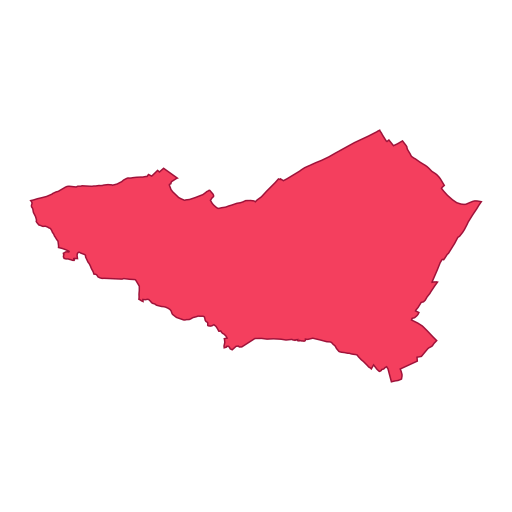 outline of Cozmesti, Vaslui, Romania
{"feature_id": "2599482B65715279001223", "entity_name": "Cozmesti", "entity_type": "district", "adm_level": 2, "iso_a3": "ROU", "parent_name": "Romania", "parent_adm1": "Vaslui", "projection": "natural_earth1", "projection_center": [27.474, 46.723], "detail": "fine", "context": "isolated", "style": "filled", "palette": "rose", "viewbox_px": 512, "rotation_deg": 0, "n_neighbors": 0, "source": "geoboundaries", "source_scale": "gbopen_adm2", "svg_char_len": 6003}
<svg xmlns="http://www.w3.org/2000/svg" viewBox="0 0 512 512"><path d="M273.4,338.8L281.0,339.2L286.0,340.0L291.9,339.4L293.1,340.0L294.3,340.1L294.6,340.1L295.0,339.9L295.1,340.0L295.1,340.3L295.3,340.3L296.3,339.7L297.6,339.6L297.2,340.2L297.3,340.5L298.1,340.8L299.2,340.9L299.7,340.4L301.1,340.9L301.9,340.9L303.5,341.1L304.4,341.1L305.0,340.8L305.4,340.4L305.4,339.1L307.3,339.4L308.1,339.3L312.8,338.2L320.4,340.0L326.7,341.7L330.1,341.9L331.0,342.2L332.0,343.0L333.3,344.5L333.9,344.9L335.2,346.1L335.5,346.6L336.3,348.2L336.8,348.9L338.9,351.4L339.5,351.7L341.3,352.2L344.7,352.6L347.4,353.2L349.5,353.3L351.2,353.9L353.5,354.3L355.9,354.6L357.3,355.1L358.2,356.5L361.3,359.8L363.2,361.3L367.5,365.6L368.6,366.9L369.5,367.5L370.5,368.0L371.3,368.9L373.6,364.9L376.9,369.2L378.9,371.1L379.7,371.4L379.8,371.3L381.1,370.6L381.4,370.2L381.7,369.5L383.4,369.1L384.3,368.5L384.6,367.9L386.6,366.7L388.0,368.9L391.4,381.8L395.1,380.9L398.0,380.5L401.0,379.3L401.5,379.0L402.0,376.1L402.0,374.5L401.2,371.5L400.2,369.0L417.3,361.1L417.0,357.2L421.4,356.4L427.8,348.7L428.9,347.8L430.9,346.8L432.3,345.9L434.0,343.4L436.7,340.6L432.7,336.6L427.4,331.0L423.2,326.8L422.2,325.9L417.8,323.1L411.5,320.0L412.0,318.9L412.0,318.4L414.6,317.7L416.7,315.9L417.5,315.0L418.1,314.2L418.9,312.5L415.5,310.9L415.8,310.2L418.1,307.4L421.2,302.4L423.5,301.8L425.2,300.2L427.1,296.9L429.9,293.4L430.8,291.8L432.8,288.8L435.0,285.5L437.5,282.1L436.6,281.9L433.4,282.0L432.1,282.3L432.1,281.9L437.2,270.1L440.2,262.6L441.8,260.0L442.3,259.4L443.2,259.4L443.7,259.7L445.1,257.7L447.2,254.4L448.1,253.6L448.4,253.4L454.7,243.3L457.8,237.4L459.6,236.2L462.6,232.4L464.4,229.6L467.0,224.6L468.2,222.0L472.7,214.8L476.8,208.7L478.7,205.5L481.3,201.7L477.3,201.0L474.9,200.9L473.0,201.3L470.0,202.5L465.8,204.3L464.0,204.4L461.1,204.1L456.7,202.7L452.5,199.8L447.4,195.3L443.7,191.2L441.5,188.4L442.1,187.4L444.3,185.4L443.7,184.4L441.0,179.9L440.2,178.6L438.8,176.8L436.7,174.6L435.2,173.5L431.8,171.3L428.7,168.1L426.9,166.5L425.9,165.8L419.9,162.1L415.4,158.9L413.9,158.1L411.6,156.5L410.7,155.2L410.5,154.5L407.5,149.5L407.1,148.3L406.8,146.7L405.9,145.3L402.5,140.9L397.5,143.8L393.5,145.7L388.9,140.0L387.0,141.5L386.1,140.8L382.4,134.9L381.4,133.0L380.7,132.0L380.0,131.0L379.7,130.2L377.8,131.1L377.0,131.7L368.4,136.1L354.5,142.6L335.6,153.0L328.8,156.9L321.5,160.4L316.0,162.6L304.7,167.7L301.4,169.8L299.7,171.1L287.0,178.8L283.4,180.7L280.5,178.9L280.1,179.5L278.6,178.9L278.3,179.1L275.1,182.7L266.6,191.2L262.2,196.0L261.2,197.0L257.1,200.0L255.3,201.8L254.8,201.4L253.8,200.9L250.6,200.5L245.7,200.6L244.4,201.2L242.7,202.0L240.1,202.8L236.9,203.3L231.4,205.2L228.9,205.9L226.3,206.9L225.3,207.2L221.7,207.7L219.3,208.3L218.3,208.4L217.5,208.2L215.8,207.0L214.0,205.4L213.4,204.8L212.2,203.4L210.4,200.3L211.4,198.9L211.8,198.2L213.5,196.6L213.6,196.2L213.6,195.6L213.3,194.7L213.0,194.1L209.8,190.4L209.5,190.3L208.9,190.4L208.3,190.9L206.6,191.7L206.0,192.3L202.9,194.6L195.2,197.6L189.5,199.5L185.8,199.9L184.9,200.3L184.3,200.2L181.1,198.8L178.6,197.5L177.4,196.3L172.5,191.6L171.6,190.3L170.9,189.5L170.5,188.1L169.4,185.3L169.4,184.4L170.9,183.7L171.0,182.7L171.6,181.6L176.7,178.3L177.3,178.1L163.6,168.3L159.4,172.0L157.6,170.4L151.7,176.1L148.5,174.5L147.0,176.5L145.7,176.5L142.6,177.1L140.3,177.1L136.3,177.3L132.6,177.7L131.3,178.0L129.7,178.1L128.2,178.0L127.4,178.1L125.9,178.8L123.5,180.1L121.7,181.7L119.6,182.7L117.2,184.0L112.9,185.1L112.6,185.3L111.9,184.9L108.0,184.6L103.7,185.1L102.3,185.5L100.2,185.6L99.0,185.5L95.7,186.0L93.8,186.0L92.0,186.3L89.4,186.2L82.1,185.8L80.7,186.2L77.8,186.2L76.2,187.0L69.8,186.3L68.1,186.3L67.0,186.5L65.5,187.1L58.2,191.4L56.1,191.9L52.5,193.6L52.1,194.1L46.5,196.5L41.0,197.9L37.5,198.7L33.4,200.0L30.7,200.6L31.6,201.8L32.0,202.8L32.0,203.5L31.5,205.2L31.4,205.9L31.5,206.4L31.7,207.1L32.2,207.6L32.6,208.5L32.9,209.4L33.3,211.9L33.5,212.6L35.4,216.3L35.9,217.8L36.5,220.1L36.4,220.7L36.2,221.3L36.6,222.1L37.5,223.3L38.9,225.0L40.7,225.5L42.5,226.3L43.2,226.4L45.3,226.2L47.5,227.0L49.1,228.0L50.1,228.3L50.5,228.6L51.7,230.5L52.5,232.5L53.3,233.5L53.8,234.3L54.5,236.1L55.1,236.8L55.5,237.6L56.2,238.6L56.7,239.6L57.2,240.1L58.0,241.2L58.6,246.1L58.5,247.5L62.4,248.5L65.7,249.7L68.7,251.1L69.1,251.6L69.0,251.8L68.5,252.0L67.4,251.8L65.8,251.9L65.0,252.3L64.6,252.7L63.4,253.2L63.4,253.9L63.9,254.7L63.6,255.4L63.4,256.9L63.8,257.5L64.1,258.2L64.1,258.4L66.0,258.9L68.1,258.9L69.5,259.4L71.2,259.8L72.4,260.3L74.1,260.4L74.4,259.8L73.9,259.3L73.7,258.9L73.8,258.5L74.1,258.4L77.5,258.6L77.1,255.8L77.1,254.9L77.3,254.1L77.4,253.4L78.5,252.3L79.1,252.2L79.5,252.3L80.6,253.0L84.3,254.4L85.2,255.0L85.5,255.3L85.6,257.0L88.1,262.3L89.1,263.5L90.3,265.8L91.2,268.1L92.1,269.9L92.5,270.5L93.3,272.1L93.9,274.1L95.6,274.3L96.5,274.7L97.1,275.4L98.0,276.9L100.1,277.9L102.1,278.4L104.1,278.3L122.1,279.1L123.6,278.6L124.0,278.6L130.0,279.3L131.9,279.4L134.9,279.6L135.5,279.8L137.2,282.6L139.3,286.2L139.3,290.7L139.1,292.8L139.0,294.2L139.1,297.2L138.9,299.3L139.6,299.6L141.6,300.9L143.0,301.5L142.9,299.5L145.5,299.7L147.3,299.3L148.1,299.4L148.7,299.5L150.6,301.4L151.6,302.7L152.8,303.4L154.7,303.9L156.3,305.1L157.2,305.4L161.6,306.5L163.9,306.7L165.6,307.1L168.2,308.3L170.0,309.5L171.0,310.7L172.1,313.7L172.7,314.5L176.4,317.4L183.5,319.9L184.8,320.0L186.6,319.6L187.8,319.6L189.3,319.5L190.7,318.9L192.9,317.6L196.0,316.8L198.1,316.1L199.9,316.2L202.9,316.2L203.5,316.4L204.4,316.9L204.9,318.7L205.1,320.0L205.9,321.4L207.6,322.5L207.8,323.9L207.7,325.2L207.9,325.6L208.4,325.8L210.3,326.1L211.9,325.8L213.9,324.7L216.0,326.4L217.6,328.9L218.8,331.2L219.7,331.2L220.6,330.9L220.9,331.1L221.4,332.1L222.5,333.3L224.0,334.1L226.0,336.1L227.1,338.1L224.3,338.7L224.5,339.5L224.8,342.4L224.0,346.0L224.2,347.8L226.5,347.1L226.6,346.4L228.1,346.2L229.0,346.8L229.6,347.5L230.2,348.8L232.2,349.8L236.1,346.3L238.4,346.1L239.3,347.0L241.8,346.9L254.9,338.5L261.6,338.4L267.0,339.1L273.4,338.8Z" fill="#f43f5e" stroke="#9f1239" stroke-width="1.5"/></svg>